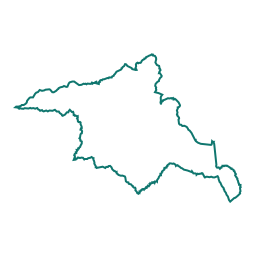 the district of San Juan Del Cesar, La Guajira, Colombia
{"feature_id": "7082276B71643992336561", "entity_name": "San Juan Del Cesar", "entity_type": "district", "adm_level": 2, "iso_a3": "COL", "parent_name": "Colombia", "parent_adm1": "La Guajira", "projection": "natural_earth1", "projection_center": [-73.123, 10.813], "detail": "fine", "context": "isolated", "style": "outline", "palette": "teal", "viewbox_px": 256, "rotation_deg": 0, "n_neighbors": 0, "source": "geoboundaries", "source_scale": "gbopen_adm2", "svg_char_len": 5819}
<svg xmlns="http://www.w3.org/2000/svg" viewBox="0 0 256 256"><path d="M17.2,107.5L18.4,107.9L18.7,108.5L19.3,108.7L19.9,108.1L21.2,108.6L23.5,108.8L24.6,108.2L28.6,108.5L30.2,107.9L31.2,108.4L33.4,108.1L35.2,108.7L37.2,108.0L38.3,109.5L39.6,110.0L40.1,110.8L42.0,110.1L42.6,110.9L43.7,111.4L46.2,110.5L47.8,111.4L49.5,110.5L52.5,110.8L54.9,109.8L56.7,111.5L58.8,111.5L59.7,113.0L61.7,114.4L62.0,115.4L62.7,115.8L65.0,114.6L66.9,112.3L68.3,112.3L68.8,111.0L69.8,109.8L71.9,112.0L73.1,111.8L73.5,112.9L73.7,115.1L74.6,115.0L74.9,115.8L75.9,115.7L76.9,116.4L77.7,116.1L77.8,117.8L77.1,118.4L77.5,118.9L77.5,119.6L77.9,120.0L77.9,121.4L78.6,122.1L79.9,121.9L80.6,122.5L80.5,124.1L81.6,126.5L81.8,128.0L80.9,128.3L80.5,129.7L81.5,130.0L82.1,131.2L81.8,133.3L81.1,133.5L80.5,134.4L80.0,137.6L79.4,138.3L80.4,139.4L80.3,140.7L81.8,141.5L81.7,143.6L80.5,145.7L80.2,146.9L79.2,147.6L79.0,148.4L78.2,148.3L77.8,149.9L76.7,149.9L77.0,150.9L76.7,151.7L75.8,152.2L76.2,153.1L74.7,154.0L74.2,155.3L74.9,156.0L74.9,156.7L73.7,159.9L75.7,159.6L76.2,158.5L76.8,158.7L77.7,158.1L78.0,157.5L80.0,158.0L81.5,157.6L83.0,157.8L84.1,159.3L84.3,159.0L87.2,159.0L88.1,158.2L90.6,157.7L91.5,157.0L92.6,157.7L92.9,158.2L93.5,158.2L93.4,159.7L94.0,160.8L94.5,162.9L94.3,163.6L95.8,166.3L95.7,167.3L96.7,167.4L96.8,167.9L102.7,166.7L105.3,168.0L106.2,166.9L107.9,167.0L108.5,166.1L110.1,165.9L111.5,167.3L112.3,169.3L114.1,171.0L114.6,170.9L116.2,172.2L116.6,172.0L116.7,173.5L117.5,173.8L118.4,174.9L120.8,175.7L122.5,175.6L124.9,176.5L125.3,177.4L125.9,181.3L127.1,182.3L128.4,182.4L128.8,183.8L131.1,184.4L132.0,185.6L132.8,186.0L132.8,186.6L133.9,187.6L135.2,187.7L135.6,188.9L135.4,190.3L136.7,191.7L137.3,193.2L138.2,193.6L138.3,193.1L138.8,193.3L139.1,192.9L139.3,192.1L139.7,192.6L140.1,191.3L140.5,191.2L140.7,190.4L141.4,190.4L141.8,189.6L142.4,189.6L142.4,189.2L142.9,189.0L143.7,189.5L143.7,189.0L145.0,188.8L145.6,187.8L146.1,187.9L146.2,187.3L146.9,187.5L147.0,186.6L148.0,186.3L148.0,185.9L148.8,186.3L149.7,185.1L149.5,184.1L150.0,184.1L150.2,183.4L150.7,183.8L151.1,183.3L152.4,183.0L152.4,182.3L153.3,182.6L153.1,181.6L153.5,182.1L154.6,181.8L154.8,182.4L155.1,181.6L155.4,181.8L156.7,181.2L157.0,181.5L157.1,180.1L158.7,177.9L158.8,177.1L160.4,175.0L160.4,174.4L160.9,174.7L160.8,173.7L161.5,173.3L161.9,171.9L162.3,171.8L162.3,171.2L164.4,169.5L164.2,168.5L164.4,167.9L165.5,167.9L166.0,167.3L166.1,167.7L166.6,167.6L166.8,166.4L167.4,166.1L167.2,165.5L168.0,164.7L168.7,164.5L169.5,163.4L170.7,163.4L172.8,163.8L173.7,163.5L175.4,164.6L175.9,165.9L176.3,165.5L177.6,165.2L178.2,166.0L179.5,166.6L180.9,167.9L182.3,168.4L183.8,169.6L187.5,170.5L191.5,172.0L191.9,171.2L193.4,173.4L195.4,173.4L196.3,173.8L196.5,174.8L197.7,173.7L198.8,174.1L200.2,173.6L201.0,173.8L201.9,173.1L202.5,173.3L204.7,177.4L205.5,177.3L206.1,176.8L206.9,176.7L209.5,177.2L211.2,176.7L213.0,177.4L214.6,177.4L217.6,176.2L218.4,177.6L218.6,179.1L219.6,182.0L220.3,182.5L221.8,186.0L223.8,188.3L223.8,189.4L224.3,189.9L224.5,191.0L225.9,192.8L226.5,194.7L227.9,196.5L229.0,200.0L230.2,201.6L234.4,197.9L235.3,197.8L237.5,196.0L240.1,193.5L239.8,192.5L240.5,191.2L240.1,188.8L240.1,187.2L240.6,187.0L240.4,186.6L240.5,184.9L239.0,184.8L238.9,183.4L238.4,182.9L238.0,180.9L237.2,179.2L237.4,178.5L236.5,177.5L236.4,177.0L236.0,176.8L235.1,175.2L235.9,174.1L235.0,172.9L234.5,171.2L233.8,171.0L233.5,169.8L231.9,169.1L231.7,168.6L231.2,168.8L230.6,168.4L230.5,167.9L226.9,165.6L226.4,165.9L225.6,165.6L224.2,166.1L223.9,165.7L223.3,166.1L222.4,165.8L222.1,166.6L221.5,166.9L221.4,167.7L220.8,167.7L219.9,168.8L218.7,167.4L217.3,167.7L216.8,167.5L216.1,166.1L216.4,164.9L214.2,143.9L213.7,142.4L213.3,142.1L213.5,141.8L212.7,141.8L212.1,141.2L211.8,143.8L211.6,144.5L211.0,144.9L200.7,143.8L197.8,142.6L195.8,141.1L195.7,139.9L195.1,140.0L191.5,132.9L189.7,130.6L188.3,129.7L187.9,128.6L186.7,126.9L184.4,125.8L182.3,126.0L181.2,124.8L179.9,124.7L179.0,123.7L178.5,119.6L179.1,118.6L179.0,117.6L177.5,115.7L177.3,114.7L177.1,115.0L176.9,114.6L177.5,112.5L176.9,110.4L177.9,108.2L177.7,107.4L179.3,106.8L180.0,105.7L179.9,105.0L178.6,102.4L175.9,99.6L174.8,98.8L174.0,99.5L173.4,99.5L173.0,98.0L171.6,98.5L171.2,98.1L169.1,98.5L168.0,98.2L164.6,99.8L163.0,100.3L162.8,101.2L161.4,102.0L161.1,103.6L160.8,103.6L160.5,102.4L160.9,100.5L160.7,97.7L161.1,96.3L162.3,94.7L158.6,93.1L155.0,92.2L156.3,89.9L155.9,88.6L156.2,87.5L155.2,85.9L155.6,83.9L157.5,81.8L158.9,81.1L159.0,80.1L160.0,78.1L161.5,76.7L161.7,75.9L159.8,73.0L159.0,73.1L159.4,71.7L160.5,70.1L160.1,69.0L159.3,68.6L159.5,67.7L159.1,65.9L156.9,65.0L155.4,62.5L156.2,59.2L156.0,57.6L154.9,55.9L152.9,55.5L152.9,54.6L151.6,54.4L151.0,55.0L149.0,55.7L147.1,56.8L146.3,56.9L145.6,58.3L144.4,58.5L144.3,59.2L142.6,60.0L141.7,61.0L141.0,62.5L140.4,62.9L139.0,62.8L138.2,63.3L137.4,62.7L136.5,63.3L135.9,64.4L136.1,66.6L135.4,68.3L135.6,69.2L136.3,69.2L136.6,69.9L135.8,70.0L132.2,69.1L131.7,68.1L127.4,66.0L126.2,64.4L125.1,64.1L124.1,66.1L122.6,67.1L122.1,68.1L121.5,68.3L121.5,69.0L121.0,69.6L116.5,71.7L115.1,73.8L114.0,74.9L113.7,75.8L112.2,76.4L111.7,77.5L109.1,77.4L108.6,78.2L107.4,78.0L104.4,79.2L102.7,79.4L101.9,80.3L101.4,80.0L100.4,80.2L99.7,81.1L99.9,81.9L99.0,82.1L98.8,84.0L96.6,83.4L96.8,82.6L96.4,81.7L95.2,82.2L94.7,83.0L93.2,83.0L92.7,83.5L92.3,82.7L91.8,82.6L91.4,83.7L90.5,83.9L87.4,83.6L86.5,84.3L85.5,83.7L84.8,84.0L83.6,83.7L81.5,84.8L79.1,85.1L74.1,81.5L72.4,81.5L69.6,82.4L68.8,83.4L67.4,86.7L66.3,86.9L64.0,86.0L62.7,86.8L60.4,87.3L58.6,88.2L58.3,89.0L57.6,89.3L56.2,90.8L53.7,92.3L52.3,92.2L50.2,89.7L49.4,89.3L45.5,89.7L44.2,90.4L42.0,90.8L39.7,90.0L37.9,92.1L36.3,92.6L35.1,93.8L33.0,97.4L30.3,97.4L29.1,98.3L27.1,100.8L26.7,102.6L25.5,103.9L23.7,105.0L21.8,105.0L20.7,106.0L18.4,106.6L16.2,106.6L15.4,107.3L17.2,107.5Z" fill="none" stroke="#0f766e" stroke-width="2"/></svg>